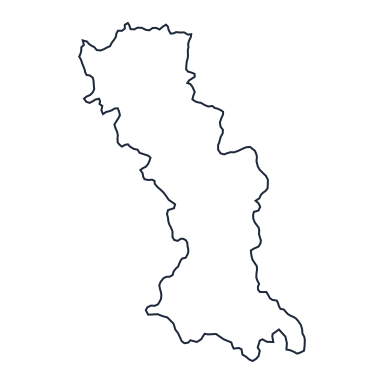 the district of Itueta, Minas Gerais, Brazil, rotated 90°
{"feature_id": "56859067B64737681226599", "entity_name": "Itueta", "entity_type": "district", "adm_level": 2, "iso_a3": "BRA", "parent_name": "Brazil", "parent_adm1": "Minas Gerais", "projection": "mercator", "projection_center": [-41.108, -19.373], "detail": "fine", "context": "isolated", "style": "outline", "palette": "slate", "viewbox_px": 384, "rotation_deg": 90, "n_neighbors": 0, "source": "geoboundaries", "source_scale": "gbopen_adm2", "svg_char_len": 4031}
<svg xmlns="http://www.w3.org/2000/svg" viewBox="0 0 384 384"><g transform="rotate(90 192 192)"><path d="M310.2,238.2L314.7,235.8L314.2,226.3L316.2,221.2L317.4,216.7L323.6,210.5L329.7,208.6L333.2,205.9L341.3,202.2L343.2,199.6L342.6,195.7L340.3,193.6L342.0,187.1L339.2,182.7L336.5,181.2L333.8,179.3L334.4,175.9L334.0,168.0L339.3,160.3L342.4,152.7L345.8,151.6L348.6,150.3L348.0,145.1L349.3,142.5L354.7,141.5L356.6,138.1L359.6,134.6L361.0,131.4L358.9,128.0L356.2,125.5L350.8,124.2L347.6,126.3L340.6,124.2L339.3,121.6L341.8,117.1L342.0,110.7L336.6,111.7L334.0,111.4L332.0,108.5L329.5,105.1L336.6,98.6L343.3,97.1L349.5,97.6L350.3,93.6L352.0,89.7L353.6,87.1L352.9,84.4L350.7,80.0L345.8,79.4L339.8,79.2L336.9,79.7L333.3,81.6L329.2,81.9L325.2,83.0L321.3,85.6L318.7,87.8L317.1,90.1L316.0,92.9L314.2,96.0L311.9,98.2L309.5,100.2L308.9,103.5L306.4,105.0L303.3,105.9L300.6,107.2L299.9,111.6L298.2,114.1L295.2,115.7L292.0,117.6L292.1,120.9L291.9,124.2L289.7,125.9L286.9,126.1L283.9,124.9L280.9,126.5L277.6,127.7L273.0,127.5L270.0,127.0L266.2,127.2L262.9,129.4L259.7,131.5L257.3,132.2L254.0,132.8L250.5,133.2L248.6,130.1L246.6,125.5L243.3,123.5L240.3,123.1L237.3,124.1L234.0,125.0L230.5,124.8L227.7,125.3L225.2,127.2L222.4,129.2L218.8,130.7L215.2,130.9L211.9,130.1L210.5,125.5L206.8,123.8L203.2,125.5L200.8,128.4L198.3,124.6L195.0,123.2L192.8,121.1L190.9,118.4L188.3,116.4L183.9,116.2L179.7,116.1L175.9,118.1L172.7,121.4L169.5,124.5L166.4,126.2L161.4,127.5L156.7,127.1L153.8,127.8L150.8,129.1L148.6,131.8L146.9,134.0L147.3,138.0L149.1,142.2L151.0,146.1L152.3,150.0L152.2,153.5L153.2,156.7L154.4,159.9L153.3,163.5L149.6,165.9L145.0,165.9L142.6,164.8L140.1,164.2L136.7,163.2L133.3,161.3L129.8,161.1L126.6,163.5L122.4,164.1L118.1,162.6L114.3,160.9L111.8,160.9L110.0,163.5L108.7,166.3L108.0,169.2L106.0,171.6L106.5,175.8L105.0,179.4L102.8,183.1L102.4,185.8L101.5,188.6L99.4,191.6L95.8,190.7L92.0,189.3L89.2,190.5L86.9,191.5L84.0,193.7L83.0,196.7L80.4,194.9L78.7,192.2L76.8,189.3L73.9,189.4L72.7,192.2L71.6,196.0L69.3,197.9L66.1,197.7L61.9,197.3L58.1,196.3L55.5,196.0L52.8,196.1L50.0,196.2L47.1,195.5L44.1,195.9L40.3,194.8L37.1,193.2L34.2,192.8L34.6,196.1L32.4,199.9L32.5,204.4L32.1,207.9L33.3,210.3L33.6,213.4L29.9,215.4L26.6,216.1L24.7,218.0L26.6,221.1L29.5,224.5L27.9,227.8L28.0,231.4L30.3,234.7L29.9,238.0L27.8,242.3L27.7,246.6L29.4,249.7L29.1,253.5L25.3,254.7L23.0,256.2L24.8,259.2L28.6,259.2L30.8,262.0L30.7,266.0L33.5,267.6L37.0,268.2L39.7,269.9L42.7,272.2L46.2,274.0L47.8,277.6L49.2,280.1L50.5,283.6L50.0,287.3L47.1,289.7L46.0,292.0L44.2,294.8L41.5,297.1L40.4,301.3L44.9,300.1L47.3,302.7L50.4,302.7L53.8,303.5L56.6,304.8L59.7,303.0L63.1,301.9L66.4,300.6L69.5,299.4L72.2,298.8L74.9,297.5L75.5,294.1L77.8,291.1L81.5,290.4L85.0,290.2L89.2,289.8L92.3,291.2L94.9,293.7L96.7,297.7L98.7,300.0L101.8,297.7L102.9,294.4L101.4,291.5L99.6,288.7L98.7,285.0L101.2,283.9L104.0,284.5L105.9,281.7L110.4,282.6L114.1,281.0L112.0,278.0L111.3,275.0L110.2,272.0L108.5,269.4L108.3,266.3L111.6,264.9L115.4,264.1L118.2,265.6L121.3,267.6L124.4,269.6L128.0,268.6L131.8,266.9L135.1,266.2L138.7,266.5L142.5,266.3L144.8,264.4L146.6,262.0L144.8,258.8L144.3,256.1L146.6,254.0L148.9,250.2L149.7,246.4L152.9,244.4L153.9,241.1L154.8,238.5L155.7,235.7L157.7,233.5L161.4,234.7L164.1,236.0L166.8,238.2L168.2,241.2L170.1,243.7L173.2,241.4L176.8,240.8L179.2,239.5L180.0,235.7L179.7,231.9L180.9,229.5L183.8,229.2L186.9,226.7L189.4,223.8L192.4,220.6L196.2,217.7L199.8,215.3L202.1,212.0L204.3,208.9L208.2,210.0L209.2,213.1L210.1,216.0L214.0,217.0L217.9,216.0L221.6,215.6L224.6,214.6L227.7,213.0L231.3,211.5L234.2,211.5L237.1,211.5L240.0,209.7L240.9,206.3L238.8,203.3L238.8,200.6L240.3,198.1L242.9,196.7L245.9,196.5L248.9,195.8L252.1,195.7L254.5,196.5L257.7,198.3L258.6,202.0L261.2,203.7L263.8,204.8L266.7,206.0L268.4,208.0L271.5,210.4L275.1,211.4L276.7,214.4L276.8,217.6L278.2,220.5L281.9,223.4L285.2,224.7L288.5,224.1L291.0,223.4L294.9,222.6L299.0,223.0L301.8,224.5L304.3,226.0L305.8,229.2L305.6,233.1L307.3,236.6L310.2,238.2Z" fill="none" stroke="#1e293b" stroke-width="2"/></g></svg>